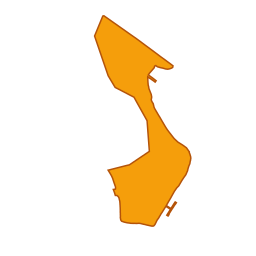 the district of Pointe Seraphine, Castries, Saint Lucia, rotated 302°
{"feature_id": "8701671B40799965178228", "entity_name": "Pointe Seraphine", "entity_type": "district", "adm_level": 2, "iso_a3": "LCA", "parent_name": "Saint Lucia", "parent_adm1": "Castries", "projection": "equal_earth", "projection_center": [-60.994, 14.016], "detail": "fine", "context": "isolated", "style": "filled", "palette": "amber", "viewbox_px": 256, "rotation_deg": 302, "n_neighbors": 0, "source": "geoboundaries", "source_scale": "gbopen_adm2", "svg_char_len": 3081}
<svg xmlns="http://www.w3.org/2000/svg" viewBox="0 0 256 256"><g transform="rotate(302 128 128)"><path d="M203.0,133.8L203.6,133.6L204.6,133.2L205.3,124.6L205.8,117.6L206.5,109.5L207.3,99.3L208.2,88.2L208.7,78.7L210.4,48.1L210.0,47.7L209.6,47.3L188.3,50.9L161.8,83.5L155.6,95.6L157.3,116.8L155.1,120.7L144.3,140.3L119.5,158.5L97.5,148.7L95.3,146.5L81.7,133.5L81.5,133.9L80.8,135.3L80.0,136.9L79.2,138.4L78.6,139.5L78.0,140.4L77.4,141.3L77.0,141.9L76.4,142.5L75.7,143.4L74.9,144.3L74.1,145.3L73.2,146.4L72.3,147.5L71.7,148.3L70.8,149.1L70.2,149.4L69.5,149.7L68.5,148.6L68.1,148.1L67.2,149.3L66.1,150.7L64.8,152.2L64.1,153.0L64.4,153.5L64.9,154.4L64.7,155.9L64.0,157.3L63.2,158.1L62.4,158.9L61.6,159.8L60.8,160.4L59.6,161.3L58.7,161.9L57.8,162.6L57.0,163.1L56.2,163.7L55.1,164.4L54.1,165.1L52.6,166.0L51.5,166.8L50.2,167.6L49.4,168.2L48.5,168.7L47.9,169.0L47.6,169.3L46.7,170.1L46.2,170.5L45.6,171.9L45.7,172.6L45.9,173.3L46.0,174.0L46.3,175.0L46.9,176.8L47.2,177.6L47.9,179.1L48.4,180.2L48.7,181.0L49.8,182.8L50.5,183.9L50.9,184.6L51.5,185.7L52.2,186.7L52.7,187.3L53.0,187.8L53.4,188.6L53.8,189.6L54.0,190.3L54.3,191.2L54.7,192.4L55.1,193.4L55.4,194.4L55.7,195.4L56.2,196.7L56.5,197.7L56.8,198.4L57.2,199.7L57.7,200.6L58.1,201.3L58.9,201.8L59.7,201.9L60.4,202.0L61.4,201.9L62.5,201.8L64.2,201.6L65.2,201.5L66.6,201.6L67.8,201.7L69.7,201.6L71.1,201.6L72.8,201.5L74.0,201.6L75.5,201.6L77.1,201.6L79.3,201.6L80.9,201.6L81.7,201.7L81.6,202.8L81.6,204.2L81.6,205.4L81.6,207.1L79.6,207.1L77.3,207.1L74.6,207.1L74.6,208.6L75.4,208.6L76.0,208.7L76.0,208.3L77.2,208.3L79.1,208.3L82.2,208.3L84.6,208.4L86.5,208.4L87.1,208.4L88.9,208.6L90.3,208.6L90.3,207.2L88.5,207.1L86.4,207.1L85.7,207.1L82.5,207.1L82.5,201.6L86.6,201.4L91.0,201.3L94.6,201.1L99.0,200.9L101.2,201.0L103.3,201.1L104.9,201.5L105.7,201.7L108.8,201.6L112.0,201.5L115.9,201.6L118.6,201.8L119.1,201.8L120.4,201.6L122.2,201.3L123.2,201.2L124.3,200.8L125.4,200.4L126.3,200.2L127.7,199.8L128.8,199.6L130.4,199.4L132.5,198.5L134.2,198.0L134.7,197.6L135.5,197.4L136.8,196.4L137.9,195.2L139.0,193.9L139.8,192.8L140.3,192.6L140.9,191.1L141.7,189.2L142.1,188.3L142.2,187.9L142.3,186.3L142.4,185.2L142.5,183.0L142.5,178.8L142.5,177.7L142.9,175.8L143.5,172.7L146.3,165.0L146.7,164.0L147.3,162.4L148.5,159.8L148.9,159.0L151.7,153.6L153.4,150.4L153.8,149.7L155.0,147.2L158.5,140.5L158.8,140.0L159.4,139.1L160.4,138.1L161.9,136.6L162.2,136.1L162.8,134.8L163.3,134.0L163.7,133.4L164.2,132.9L164.5,132.6L166.3,132.0L166.6,131.7L167.2,131.4L168.1,130.5L168.8,129.9L172.4,125.0L172.9,124.5L174.0,123.6L175.2,122.3L175.6,122.0L177.6,120.5L181.5,117.8L181.9,117.6L181.7,119.6L181.7,121.1L181.6,122.2L181.5,124.7L181.3,126.7L183.0,126.8L183.5,122.0L183.6,120.0L183.9,117.1L184.3,117.1L186.3,117.2L187.2,117.4L189.7,117.8L192.9,118.3L193.4,118.1L194.1,118.0L194.6,117.8L194.9,118.0L195.7,118.5L195.6,118.9L195.6,119.6L195.5,120.5L195.9,121.8L196.3,123.3L196.8,124.7L197.2,125.7L198.0,128.6L198.9,130.5L200.1,131.8L200.6,132.2L201.0,132.6L201.6,133.0L202.0,133.3L202.3,133.4L203.0,133.8Z" fill="#f59e0b" stroke="#b45309" stroke-width="1.5"/></g></svg>